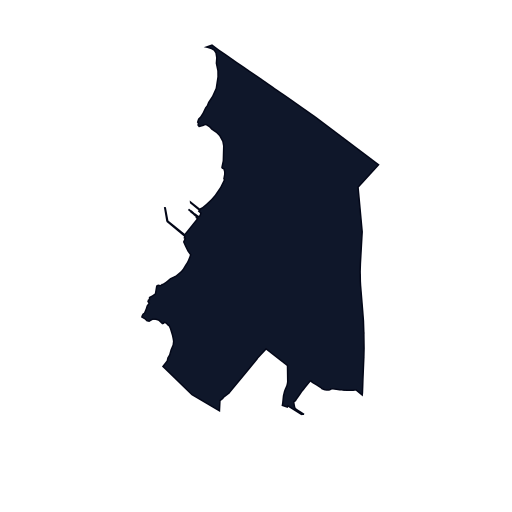 outline of Salina Cruz, Oaxaca, Mexico, rotated 129°
{"feature_id": "50627088B37536515094098", "entity_name": "Salina Cruz", "entity_type": "district", "adm_level": 2, "iso_a3": "MEX", "parent_name": "Mexico", "parent_adm1": "Oaxaca", "projection": "natural_earth1", "projection_center": [-95.202, 16.19], "detail": "fine", "context": "isolated", "style": "filled", "palette": "ink", "viewbox_px": 512, "rotation_deg": 129, "n_neighbors": 0, "source": "geoboundaries", "source_scale": "gbopen_adm2", "svg_char_len": 3306}
<svg xmlns="http://www.w3.org/2000/svg" viewBox="0 0 512 512"><g transform="rotate(129 256 256)"><path d="M348.8,119.1L349.0,120.3L349.3,123.5L349.7,126.6L349.9,129.6L349.0,131.1L347.0,133.5L345.3,135.1L344.6,134.6L343.6,134.3L341.9,134.6L339.8,134.7L335.4,135.0L332.5,135.3L329.9,135.2L327.6,135.3L324.2,135.3L321.3,135.3L318.8,135.2L318.3,134.1L318.7,133.9L318.7,133.6L318.7,132.5L318.0,128.0L317.4,122.2L317.6,121.2L317.2,120.0L316.8,118.7L315.7,116.8L314.5,115.3L313.6,114.5L312.3,114.1L310.9,112.9L309.3,110.2L309.2,110.1L307.2,106.6L306.2,105.5L305.1,103.5L302.7,100.3L299.2,96.0L297.7,94.7L297.1,93.7L297.2,86.3L297.2,86.0L296.9,86.2L295.6,87.0L290.5,90.8L284.7,95.2L267.6,107.9L267.0,108.3L266.8,108.5L259.8,113.9L249.0,122.9L248.3,123.4L247.7,123.9L247.0,124.6L238.9,131.6L231.4,138.7L213.0,156.3L209.9,159.1L204.4,163.7L203.8,164.3L203.5,164.5L202.7,165.2L195.8,170.4L170.4,188.7L138.3,220.0L108.0,218.2L110.7,296.7L113.3,334.7L113.9,341.4L114.0,343.1L114.4,347.4L114.4,348.9L114.6,351.6L114.9,355.3L115.4,362.5L115.7,366.6L116.3,373.6L116.7,377.7L117.1,384.0L117.4,387.4L117.9,392.8L118.8,406.5L119.5,414.4L119.8,422.9L124.8,426.0L124.2,424.8L122.8,421.2L122.3,418.0L123.3,414.9L126.6,411.2L131.1,408.1L136.0,402.1L140.7,398.2L150.8,392.3L159.2,390.1L166.4,389.4L169.9,388.3L172.5,388.3L178.4,386.9L182.8,386.4L185.6,386.7L187.3,386.1L188.7,385.5L188.7,384.6L189.6,384.0L190.7,383.4L191.1,381.7L187.8,379.3L186.5,378.7L185.2,377.6L184.7,373.4L185.2,370.0L184.7,364.2L185.2,360.0L187.7,353.9L190.8,350.3L202.7,341.2L208.6,338.2L208.9,337.4L208.4,335.8L210.2,333.3L212.3,331.6L216.2,329.5L216.5,328.4L224.9,326.5L234.6,325.7L240.3,325.9L247.0,326.8L252.0,327.8L255.2,329.2L255.3,340.7L255.8,340.2L255.9,328.6L257.2,328.6L257.3,325.9L259.6,324.9L260.7,325.0L261.7,325.7L261.8,329.6L262.1,329.8L261.8,334.0L262.1,333.9L262.1,337.1L262.4,337.1L262.4,334.0L262.7,334.0L262.6,329.8L262.8,329.8L262.8,326.5L263.7,326.5L263.7,324.8L284.4,324.7L284.4,346.6L275.7,356.8L276.0,357.2L284.6,347.5L285.1,346.6L285.4,324.2L285.6,323.6L286.1,323.4L287.0,323.1L286.8,322.0L289.8,321.2L290.5,321.0L292.6,316.9L294.9,311.9L296.1,307.5L297.3,307.1L298.6,306.6L300.0,306.2L302.3,305.5L304.7,305.0L307.0,304.8L310.5,304.3L311.7,304.1L312.8,304.1L314.0,304.1L314.8,304.1L315.5,304.2L316.7,304.4L321.9,305.4L323.7,306.3L324.5,306.6L325.2,307.0L327.5,308.1L333.1,309.2L336.8,310.4L337.2,311.0L338.4,311.1L339.4,311.8L340.3,313.6L341.8,314.2L348.7,310.3L352.0,311.2L355.2,312.6L357.0,311.3L357.9,311.8L359.4,311.2L359.8,309.2L363.2,309.1L366.2,307.9L370.6,306.6L372.1,307.1L373.9,306.8L375.2,306.3L374.6,302.5L374.9,300.0L373.9,298.0L372.4,297.5L370.2,296.6L368.4,294.4L367.6,292.7L367.1,291.3L367.0,291.0L367.4,286.2L366.5,285.5L365.7,285.7L365.4,285.4L365.1,285.4L364.6,283.5L365.0,280.5L364.5,280.2L366.1,276.9L370.1,271.0L372.3,268.3L374.1,266.3L377.3,264.3L382.3,262.9L387.1,260.8L390.6,260.3L393.4,258.9L400.4,258.8L400.6,256.2L404.0,218.5L399.3,187.0L391.1,193.0L387.6,192.2L386.4,192.4L379.2,190.7L378.6,190.8L351.5,190.5L335.5,190.4L334.3,190.6L321.8,189.7L321.3,162.6L333.9,152.1L335.7,151.1L337.4,150.3L339.2,149.8L341.1,149.3L343.4,148.5L347.4,146.6L349.7,145.1L353.2,142.8L355.5,141.5L353.7,136.6L352.4,137.0L350.5,121.0L349.2,119.7L348.8,119.1Z" fill="#0f172a" stroke="#020617" stroke-width="1.5"/></g></svg>